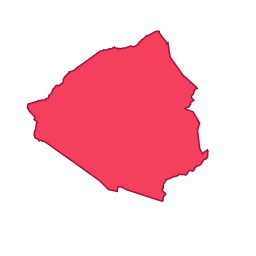 Uauá, Bahia, Brazil (Albers equal-area conic projection), rotated 235°
{"feature_id": "56859067B85739573992088", "entity_name": "Uauá", "entity_type": "district", "adm_level": 2, "iso_a3": "BRA", "parent_name": "Brazil", "parent_adm1": "Bahia", "projection": "albers", "projection_center": [-39.437, -9.895], "detail": "fine", "context": "isolated", "style": "filled", "palette": "rose", "viewbox_px": 256, "rotation_deg": 235, "n_neighbors": 0, "source": "geoboundaries", "source_scale": "gbopen_adm2", "svg_char_len": 3852}
<svg xmlns="http://www.w3.org/2000/svg" viewBox="0 0 256 256"><g transform="rotate(235 128 128)"><path d="M64.6,180.4L64.4,179.2L64.5,178.2L64.5,177.0L64.5,176.0L64.1,175.1L63.9,174.2L69.6,174.8L73.0,176.6L76.6,178.5L86.3,183.7L90.9,189.5L103.8,190.5L109.0,187.1L111.1,185.8L111.2,187.5L110.9,188.8L110.3,189.4L110.3,190.2L110.8,191.2L111.2,192.2L112.0,193.4L112.8,193.7L113.2,194.9L112.9,195.7L113.1,196.9L112.9,197.8L116.6,197.3L117.5,198.3L118.1,199.0L118.0,200.1L118.7,201.3L119.7,202.7L120.3,203.3L121.0,204.4L121.0,205.6L121.0,206.4L120.8,207.5L122.9,207.2L123.9,207.0L137.4,203.9L139.5,203.3L150.2,203.3L158.4,203.2L160.6,203.2L162.1,203.3L175.1,209.7L175.0,208.9L174.7,208.1L178.4,208.9L179.5,208.4L180.6,208.4L181.8,208.2L182.9,208.2L184.0,208.1L185.0,208.3L186.3,208.2L187.5,208.2L188.3,208.3L188.8,208.9L189.7,208.9L190.1,208.2L190.5,207.5L190.9,206.4L191.4,205.2L191.4,204.2L191.6,203.4L191.7,202.0L191.7,200.6L191.9,199.3L192.2,198.4L192.4,197.2L193.0,196.3L193.0,195.3L192.6,194.2L192.3,193.4L192.3,192.4L192.3,190.8L192.3,189.5L191.9,188.5L191.8,187.6L191.9,186.5L191.4,185.3L191.0,184.3L190.8,183.2L190.8,181.9L190.9,180.7L191.1,179.7L191.6,178.8L192.8,178.1L193.5,177.4L193.8,176.3L194.2,175.2L194.5,174.0L195.0,172.9L195.0,171.7L195.7,170.5L196.3,169.6L196.9,168.8L196.9,167.5L198.1,166.7L198.0,165.7L198.6,165.1L199.6,165.2L199.9,164.3L200.7,163.5L202.1,163.3L202.3,162.5L202.3,161.3L202.3,160.0L202.8,159.5L203.3,158.6L203.0,157.7L203.9,157.4L203.8,156.1L204.6,155.0L204.7,154.0L205.3,153.5L206.1,152.9L205.9,151.5L206.5,150.2L207.0,149.3L206.9,148.3L206.7,147.4L207.0,146.6L206.8,144.6L206.5,118.8L206.3,117.8L206.0,116.6L206.4,115.8L206.8,114.8L207.0,113.5L207.6,112.4L207.7,111.4L206.8,111.0L206.8,110.2L207.0,109.2L206.7,108.1L206.5,107.2L206.3,106.3L206.0,105.0L205.5,104.1L205.1,103.4L204.6,102.5L203.5,102.1L202.8,101.1L202.2,99.7L202.5,98.8L202.6,97.9L201.8,96.9L202.3,95.9L202.7,95.1L203.6,94.9L203.8,93.6L203.9,92.3L203.3,91.3L202.9,90.2L202.9,89.3L202.6,88.1L201.7,87.5L201.4,86.6L201.1,85.9L200.5,85.3L200.2,84.4L200.4,82.7L199.8,81.5L199.0,80.8L198.3,80.1L198.7,78.9L199.1,77.5L198.9,76.5L198.6,75.6L199.3,74.8L199.9,74.0L200.4,73.3L200.7,72.2L201.4,70.9L202.1,69.9L201.9,68.8L204.9,59.8L204.0,59.1L203.5,58.4L202.9,57.8L202.2,57.2L201.3,57.1L200.4,57.4L199.7,57.0L198.5,56.9L197.4,57.0L196.3,57.1L195.2,57.3L194.3,57.5L193.3,57.5L192.3,57.8L191.4,58.1L190.6,58.4L189.8,57.4L189.3,56.8L188.9,56.0L187.9,56.3L186.6,56.8L185.8,57.0L184.8,56.7L184.3,55.6L183.2,54.7L182.5,54.2L181.9,53.4L181.2,52.8L180.5,52.5L180.1,51.7L179.5,50.7L179.0,49.7L178.1,49.0L177.3,48.1L176.5,47.5L175.8,47.0L174.9,46.9L173.7,46.5L172.7,46.3L171.6,47.2L170.7,47.9L169.7,47.6L168.9,47.6L168.2,48.1L168.2,49.0L167.7,49.7L166.8,49.9L165.9,50.6L165.2,51.6L162.4,52.8L143.7,59.4L142.2,60.0L124.8,66.2L115.3,69.5L109.0,71.8L106.9,72.5L100.6,74.7L88.8,76.7L82.2,82.8L85.6,85.9L83.8,88.6L77.6,91.9L69.6,98.0L61.5,104.0L60.5,104.8L56.3,107.9L48.3,114.1L48.6,115.0L49.1,115.7L50.3,116.3L51.0,117.2L51.6,118.4L51.8,119.4L51.9,120.4L52.7,121.2L54.0,120.9L55.0,120.6L56.0,120.3L57.1,120.4L57.9,120.9L58.2,121.8L58.8,122.4L59.4,123.0L60.1,123.5L61.3,124.5L61.9,125.7L62.3,126.8L62.8,127.6L63.3,128.8L63.6,130.0L63.3,131.5L63.0,132.2L62.6,133.3L62.4,134.3L62.4,135.2L62.2,136.4L62.0,137.4L61.6,138.2L61.2,139.1L60.9,139.9L60.7,140.8L60.5,142.0L60.6,143.2L60.2,144.0L59.4,144.7L58.8,145.6L58.1,146.7L57.2,147.6L56.3,148.3L56.2,149.2L56.5,150.3L57.4,151.3L57.7,152.3L57.8,153.4L57.8,154.5L56.8,155.4L55.7,155.9L55.5,157.3L55.9,158.6L56.6,159.4L57.2,160.5L57.2,161.4L57.2,162.6L57.0,163.6L56.4,165.0L56.5,166.4L56.5,167.5L57.3,168.3L57.5,169.1L57.7,170.0L58.2,170.9L58.7,172.0L58.2,173.0L57.9,174.1L58.5,176.5L59.3,177.2L60.1,177.6L60.8,178.3L61.6,178.8L62.3,179.5L62.8,180.0L63.6,180.3L64.6,180.4Z" fill="#f43f5e" stroke="#9f1239" stroke-width="1.5"/></g></svg>